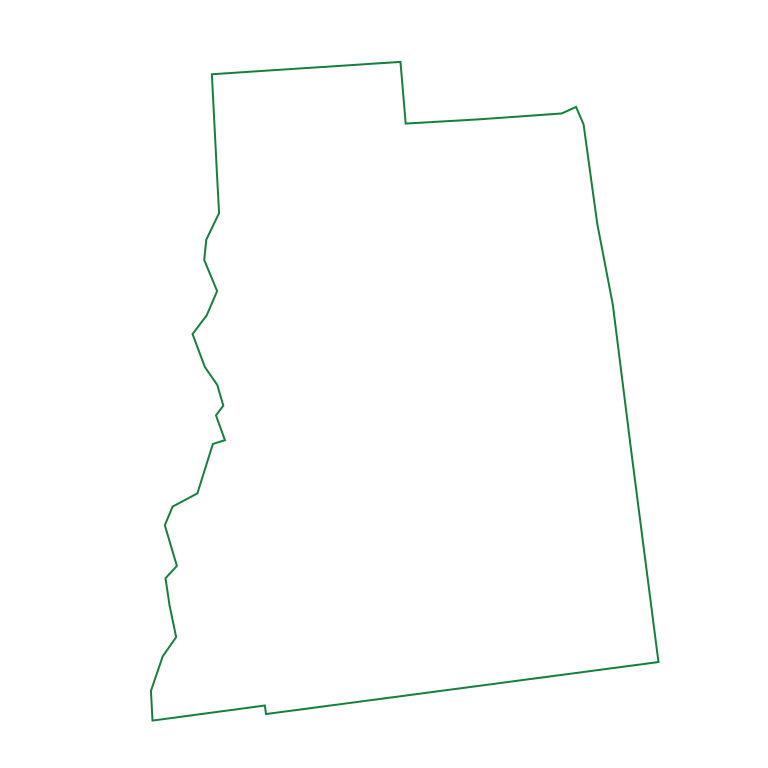 Chenango, New York, United States of America (Albers equal-area conic projection), rotated 176°
{"feature_id": "52423323B14203500513931", "entity_name": "Chenango", "entity_type": "district", "adm_level": 2, "iso_a3": "USA", "parent_name": "United States of America", "parent_adm1": "New York", "projection": "albers", "projection_center": [-75.501, 42.47], "detail": "fine", "context": "isolated", "style": "outline", "palette": "green", "viewbox_px": 768, "rotation_deg": 176, "n_neighbors": 0, "source": "geoboundaries", "source_scale": "gbopen_adm2", "svg_char_len": 617}
<svg xmlns="http://www.w3.org/2000/svg" viewBox="0 0 768 768"><g transform="rotate(176 384 384)"><path d="M150.2,447.0L160.1,529.1L166.8,629.0L173.1,647.0L187.9,641.5L271.7,641.4L344.2,642.3L345.1,704.2L477.7,704.8L534.1,705.0L536.0,603.9L536.6,566.0L551.2,540.4L554.7,520.3L544.0,488.3L556.1,464.8L571.5,447.2L561.5,413.4L550.4,394.7L545.8,373.6L553.8,364.4L546.6,339.1L558.9,336.1L577.8,287.9L603.4,276.5L612.5,258.4L603.3,217.0L615.5,205.5L613.4,178.3L609.0,146.0L623.7,127.8L637.9,94.1L638.4,64.4L525.3,71.6L524.7,63.0L129.6,87.5L142.0,298.8L150.2,447.0Z" fill="none" stroke="#15803d" stroke-width="2"/></g></svg>